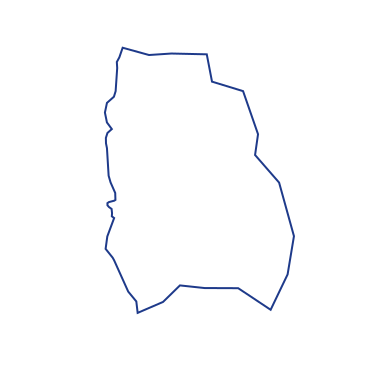 outline of Bartın, rotated 293°
{"feature_id": "TUR-5521", "entity_name": "Bartın", "entity_type": "Province", "adm_level": 1, "iso_a3": "TUR", "parent_name": "Turkey", "parent_adm1": "", "projection": "natural_earth1", "projection_center": [32.482, 41.593], "detail": "fine", "context": "isolated", "style": "outline", "palette": "blue", "viewbox_px": 384, "rotation_deg": 293, "n_neighbors": 0, "source": "natural_earth", "source_scale": "10m", "svg_char_len": 745}
<svg xmlns="http://www.w3.org/2000/svg" viewBox="0 0 384 384"><g transform="rotate(293 192 192)"><path d="M59.5,189.2L69.5,183.5L75.4,172.2L98.7,147.0L100.5,144.7L105.9,134.7L118.0,131.4L137.6,130.5L138.3,127.7L141.2,126.7L145.0,124.6L145.7,121.5L146.7,119.4L148.7,118.5L150.3,119.5L153.6,123.8L154.8,124.6L161.1,121.7L169.0,113.3L174.4,108.9L199.1,96.6L203.2,93.8L208.1,91.6L213.3,91.1L218.6,93.6L222.8,86.5L231.1,80.8L240.8,78.9L249.2,82.9L255.0,82.3L276.9,74.7L282.3,72.0L287.6,72.5L297.7,71.8L301.3,98.9L311.4,118.9L324.5,151.8L301.4,167.3L304.8,199.6L271.0,230.2L250.7,235.6L234.7,268.5L191.2,303.1L153.5,312.2L114.3,310.4L121.5,272.1L108.5,241.1L101.3,217.4L79.5,208.3L59.5,189.2Z" fill="none" stroke="#1e3a8a" stroke-width="2"/></g></svg>